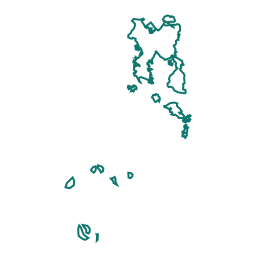 Yeosu-si, South Jeolla, South Korea
{"feature_id": "91817680B8944082307158", "entity_name": "Yeosu-si", "entity_type": "district", "adm_level": 2, "iso_a3": "KOR", "parent_name": "South Korea", "parent_adm1": "South Jeolla", "projection": "orthographic", "projection_center": [127.649, 34.449], "detail": "fine", "context": "isolated", "style": "outline", "palette": "teal", "viewbox_px": 256, "rotation_deg": 0, "n_neighbors": 0, "source": "geoboundaries", "source_scale": "gbopen_adm2", "svg_char_len": 5764}
<svg xmlns="http://www.w3.org/2000/svg" viewBox="0 0 256 256"><path d="M131.7,30.9L130.9,32.9L128.4,35.1L128.2,37.2L130.4,38.5L132.1,38.6L132.6,37.8L135.6,38.7L135.3,40.7L137.0,42.1L138.4,45.3L136.4,45.2L135.7,45.7L138.1,46.4L138.7,47.5L138.1,49.5L137.2,48.1L136.4,48.4L136.2,47.5L135.6,47.4L135.9,48.3L135.6,49.1L136.6,49.7L137.0,49.3L139.2,49.8L139.9,48.9L140.0,47.9L140.5,47.9L141.9,51.0L140.8,52.3L140.9,52.8L141.8,52.4L142.5,52.8L142.3,54.1L141.1,53.6L140.3,53.8L140.7,55.3L139.6,55.4L139.6,56.7L138.3,57.8L137.4,58.2L135.9,57.2L136.0,57.9L135.6,58.0L136.5,58.3L136.4,59.3L134.7,60.5L134.0,60.2L133.3,61.8L133.3,62.3L133.8,62.4L135.0,61.5L134.2,64.9L135.2,64.5L135.2,63.4L136.3,63.0L136.5,64.8L138.1,64.2L139.2,65.0L140.0,66.8L138.6,65.4L136.2,65.6L135.6,65.1L134.9,66.1L135.4,66.5L134.0,67.4L134.1,70.2L136.3,71.3L135.8,72.4L135.0,72.3L134.1,72.9L134.6,73.3L133.9,73.8L134.3,75.4L134.7,75.8L135.3,75.4L136.6,76.4L139.5,82.0L140.4,82.4L139.0,79.9L138.8,78.3L140.4,77.2L141.5,77.3L147.4,79.5L149.1,81.6L149.3,82.0L148.9,82.4L149.5,82.8L151.1,82.1L151.1,83.1L151.5,83.5L153.2,83.2L153.1,82.7L152.2,81.1L150.6,81.2L150.2,80.6L150.8,80.7L151.2,79.7L152.2,79.1L150.9,78.8L152.1,78.3L152.4,77.0L151.7,77.8L151.0,77.4L150.3,78.0L149.9,77.4L150.0,76.3L150.7,75.4L150.4,74.8L151.1,74.9L150.5,74.0L150.9,73.0L149.1,70.6L148.5,70.9L147.7,69.5L147.8,69.0L148.3,69.2L148.8,70.0L149.1,69.5L150.0,70.3L151.9,69.3L151.0,68.8L150.5,69.3L148.7,68.1L148.8,66.5L149.6,66.1L148.7,64.6L148.6,65.2L147.4,64.4L147.3,63.2L148.4,62.8L148.4,61.5L149.4,60.5L149.7,60.8L149.4,62.1L151.0,62.5L151.8,63.6L152.4,63.5L152.6,62.9L151.2,60.3L152.1,60.2L152.2,58.6L153.5,57.4L154.3,54.9L155.8,53.3L155.5,52.2L155.9,51.4L156.6,51.6L156.7,52.5L158.2,53.7L160.4,56.8L163.6,58.4L164.9,59.9L171.3,57.5L171.0,56.9L171.7,55.5L175.7,55.8L175.6,54.2L174.6,53.2L175.2,51.9L176.2,51.9L175.3,50.9L175.4,48.9L173.7,45.8L173.9,45.3L175.2,44.9L176.0,43.6L176.1,40.7L177.4,39.8L178.5,39.8L178.1,37.8L179.0,37.0L178.2,35.3L179.5,35.0L179.5,34.4L178.4,34.4L178.4,32.0L180.0,30.7L180.1,26.4L179.0,24.7L177.5,24.1L175.1,24.9L172.5,24.7L173.4,27.2L171.6,26.3L170.5,24.9L166.5,25.5L164.6,25.2L163.5,24.0L160.4,28.7L158.3,30.5L156.3,29.0L152.0,33.0L150.1,33.0L149.3,30.4L149.5,30.0L151.0,30.4L151.5,28.7L148.9,28.9L147.0,26.8L146.2,26.7L146.0,27.7L145.0,27.0L144.5,25.4L141.9,21.6L141.9,20.8L144.0,19.4L143.4,18.6L140.2,19.8L133.7,19.0L132.0,20.7L134.9,23.7L134.9,25.8L133.9,28.7L131.7,30.9ZM175.9,57.3L172.5,56.8L172.1,57.6L173.2,58.5L173.0,59.4L173.6,59.9L174.2,61.6L175.0,61.5L176.1,63.3L175.6,65.6L176.4,66.7L176.2,67.6L177.4,68.3L174.3,71.4L173.1,73.4L170.0,76.0L168.9,79.0L169.6,80.6L169.3,82.3L167.6,83.3L167.6,85.7L168.6,87.0L170.5,86.7L172.8,87.6L174.3,90.5L178.4,92.4L184.7,93.3L185.7,92.4L185.4,89.8L183.3,89.6L182.9,88.1L183.5,86.4L183.0,84.1L184.6,83.2L184.1,77.9L184.5,75.3L183.8,73.8L180.2,69.9L180.0,69.1L181.2,68.0L180.8,66.9L180.9,64.9L181.8,64.4L182.2,65.3L183.5,64.8L182.3,62.7L182.2,61.0L175.9,57.3ZM180.0,108.8L177.2,106.3L176.9,104.9L177.3,103.5L174.2,102.5L170.0,103.2L166.1,105.8L164.3,106.0L164.4,107.1L167.1,107.9L169.2,109.4L170.5,108.1L171.2,108.5L169.8,111.1L170.1,112.0L172.2,112.3L172.5,113.0L171.4,114.4L173.5,115.1L175.1,114.6L178.0,116.5L178.5,117.8L183.2,118.2L183.8,117.1L184.6,116.8L182.1,113.6L179.8,113.6L179.1,112.6L181.5,112.3L181.8,111.6L180.0,108.8ZM169.4,16.1L167.8,15.4L164.5,16.7L162.9,19.6L164.8,21.2L164.1,21.5L165.1,22.5L167.9,22.0L167.9,23.0L168.7,23.1L169.3,22.9L169.2,22.2L170.6,21.7L174.2,21.8L175.1,20.6L173.5,17.0L171.7,16.3L171.1,16.4L171.2,17.0L170.4,17.2L169.4,16.1ZM88.3,238.0L84.1,235.0L82.8,232.7L80.9,227.4L79.1,225.5L78.3,228.4L78.3,232.9L78.8,236.1L82.8,239.0L85.4,239.8L88.3,238.0ZM73.8,185.3L74.2,180.8L72.6,177.5L66.8,183.2L65.5,187.3L69.7,188.2L73.8,185.3ZM150.9,22.5L146.8,25.6L148.6,28.3L151.7,28.3L151.2,30.8L149.7,30.8L149.7,31.3L151.4,32.5L155.9,29.0L150.9,22.5ZM158.0,94.8L155.7,94.1L155.2,95.2L153.2,95.0L152.0,97.4L152.9,98.0L154.7,101.5L155.8,102.1L158.1,100.1L159.2,101.5L159.7,99.9L159.7,97.5L158.5,96.6L158.0,94.8ZM186.4,127.4L185.5,126.8L186.5,126.0L186.5,125.1L185.9,124.8L184.4,125.6L184.1,126.8L184.6,127.5L184.8,129.6L183.5,131.4L182.9,131.3L182.4,131.9L182.5,132.8L184.2,132.5L184.7,133.1L182.7,134.3L182.3,136.1L182.6,136.5L184.5,136.2L184.8,137.5L185.4,137.9L185.8,136.2L186.4,136.1L186.8,135.3L186.9,133.8L186.3,133.2L186.2,132.4L187.1,131.8L187.2,129.0L188.6,126.9L187.2,127.9L186.4,128.0L186.4,127.4ZM89.4,232.4L89.9,229.5L88.9,227.4L87.3,225.8L82.8,225.0L84.1,227.4L85.7,228.7L86.2,229.8L86.2,232.4L88.3,233.5L89.4,232.4ZM133.7,85.4L132.4,86.2L132.3,86.9L130.3,87.1L129.5,85.8L128.0,86.1L127.9,87.2L128.7,89.2L131.4,87.9L131.5,90.0L131.0,91.3L132.9,91.0L133.6,91.5L134.0,90.8L133.9,89.7L134.6,89.1L136.4,89.1L136.6,87.6L135.5,86.0L134.1,86.7L133.7,85.4ZM103.0,171.2L103.3,168.5L102.0,166.7L98.0,165.4L97.8,168.0L100.1,170.4L100.9,172.5L103.0,171.2ZM190.5,116.0L189.8,115.2L189.0,116.2L187.9,115.5L186.7,116.7L186.4,117.6L184.7,117.4L184.9,118.6L184.5,119.2L184.7,120.9L183.8,120.6L183.4,119.8L182.9,120.7L183.1,121.3L184.2,121.0L184.4,121.9L185.6,122.5L185.9,122.0L185.4,121.0L186.6,119.5L187.3,120.0L187.2,121.4L187.7,121.5L188.4,120.4L189.2,121.3L189.6,121.1L189.7,119.9L190.3,119.2L187.8,117.4L190.5,116.0ZM95.4,170.9L95.9,168.3L95.7,166.4L93.5,166.9L91.2,169.3L91.2,170.6L93.8,172.7L95.4,170.9ZM115.7,182.3L115.4,178.6L114.6,177.0L113.0,178.1L110.9,178.6L113.3,181.2L113.6,183.1L117.0,184.9L115.7,182.3ZM132.3,176.2L132.6,174.7L131.0,173.1L128.3,172.8L128.6,177.6L130.7,178.1L132.3,176.2ZM172.6,64.3L172.6,63.5L170.8,62.9L169.8,61.7L170.6,61.6L171.1,60.3L168.6,61.0L168.7,64.0L171.8,65.4L172.6,64.3ZM97.6,239.8L97.9,234.3L96.5,234.3L97.1,235.6L96.8,240.6L97.6,239.8Z" fill="none" stroke="#0f766e" stroke-width="2"/></svg>